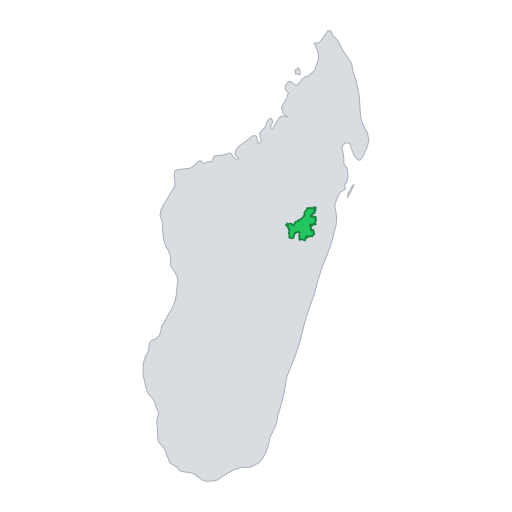 location of Ambatondrazaka, Alaotra-Mangoro, Madagascar
{"feature_id": "10022922B15285270155057", "entity_name": "Ambatondrazaka", "entity_type": "district", "adm_level": 2, "iso_a3": "MDG", "parent_name": "Madagascar", "parent_adm1": "Alaotra-Mangoro", "projection": "orthographic", "projection_center": [48.499, -17.866], "detail": "fine", "context": "in_parent", "style": "filled", "palette": "green", "viewbox_px": 512, "rotation_deg": 0, "n_neighbors": 0, "source": "geoboundaries", "source_scale": "gbopen_adm2", "svg_char_len": 8472}
<svg xmlns="http://www.w3.org/2000/svg" viewBox="0 0 512 512"><path d="M338.9,42.5L340.4,46.0L342.1,49.3L347.5,57.4L349.8,60.6L351.8,63.9L352.7,70.5L356.1,80.8L359.3,96.2L360.2,112.0L361.1,119.3L363.6,126.2L367.6,133.3L368.9,141.2L366.3,149.3L362.6,156.9L361.6,158.3L359.9,160.3L359.1,160.2L356.3,158.2L353.9,154.9L350.9,147.3L349.9,143.4L348.6,142.8L345.1,143.1L342.5,145.5L342.0,147.0L342.6,151.3L343.5,155.2L343.9,159.1L344.0,164.1L344.9,165.6L346.3,166.8L347.7,170.1L347.9,177.8L347.0,181.7L344.5,185.0L344.6,186.8L345.5,188.7L344.7,189.9L341.4,191.3L340.0,192.6L338.2,196.0L335.3,202.9L334.9,206.4L336.7,217.2L336.1,224.9L332.4,239.5L330.3,246.4L327.3,254.7L322.7,265.6L318.2,279.3L314.4,293.5L311.5,301.9L308.4,310.3L304.0,325.1L300.4,340.0L295.0,356.5L287.5,374.9L286.7,377.3L285.2,386.7L283.6,394.8L281.7,402.9L277.6,416.2L277.1,420.3L276.2,424.2L272.3,432.6L270.7,435.7L269.5,439.0L268.9,443.1L267.7,447.2L264.9,454.6L260.6,461.0L257.7,463.3L251.4,466.7L248.2,467.4L241.1,467.6L234.3,469.6L227.1,473.4L220.3,477.7L217.7,479.7L214.9,480.9L205.8,481.3L203.0,480.4L193.7,473.7L190.2,472.6L183.4,471.8L181.4,471.3L179.5,470.4L176.7,466.8L171.3,463.9L169.9,463.0L169.0,460.9L168.4,458.6L166.9,456.1L165.7,451.3L163.9,447.9L158.7,442.1L158.1,440.2L157.5,433.8L157.5,429.5L156.7,421.7L157.2,417.9L158.8,414.5L158.0,410.9L156.0,407.2L155.1,403.3L153.6,399.7L148.1,393.4L146.8,390.3L145.8,387.0L143.5,376.8L143.1,373.2L143.1,365.7L143.7,361.7L144.9,359.0L145.2,357.0L146.0,355.2L147.2,353.8L148.0,352.1L149.7,342.4L152.1,340.1L155.8,338.8L158.7,336.2L160.4,332.8L161.9,325.7L166.4,318.6L168.0,314.9L171.7,309.2L174.9,301.3L175.8,297.6L176.5,293.8L177.1,285.5L177.7,281.4L177.5,277.3L175.4,273.2L170.6,265.7L170.4,264.2L170.6,258.6L170.1,254.5L168.3,250.4L166.0,246.7L163.6,239.5L162.3,227.7L162.4,223.4L161.7,219.6L160.0,216.0L161.0,209.6L174.6,186.3L175.0,183.5L174.3,176.5L174.5,172.4L174.9,170.9L176.0,170.0L178.4,169.5L189.8,168.3L191.3,167.6L194.1,165.6L198.0,161.7L199.8,160.6L201.3,161.0L202.4,162.6L203.6,163.5L208.2,161.7L210.0,161.6L211.8,161.8L212.7,160.3L213.1,158.2L213.8,156.7L215.0,155.8L221.0,155.3L224.8,154.6L229.7,153.1L230.8,153.4L234.8,158.6L236.0,159.0L237.5,159.2L238.9,158.3L235.6,155.5L235.1,154.0L235.3,152.2L237.0,148.4L239.8,145.5L246.2,141.0L252.9,135.9L254.8,135.5L256.4,136.3L257.7,142.3L257.6,143.3L258.7,143.4L259.9,142.6L261.0,140.2L261.0,138.2L260.1,136.3L259.7,134.7L259.6,133.2L263.0,129.6L265.6,126.2L266.9,122.2L267.9,120.3L270.7,118.2L271.6,118.5L272.2,120.2L272.6,122.0L271.9,123.8L270.9,125.6L270.5,127.9L272.0,128.4L273.5,127.8L275.7,123.5L278.2,119.5L279.7,117.4L281.5,115.9L284.7,116.2L287.7,117.1L282.7,112.8L281.5,107.0L287.4,96.9L287.4,94.8L288.3,94.1L288.7,93.3L285.6,89.9L285.0,88.2L285.4,85.7L286.9,83.4L288.2,81.8L290.1,81.2L291.6,82.1L294.9,84.8L297.1,85.3L299.7,82.6L301.9,79.2L305.2,76.9L309.0,75.5L314.7,70.2L318.4,59.2L318.7,56.0L317.9,52.0L316.6,48.3L314.4,43.7L314.9,42.7L318.1,43.3L319.1,42.6L322.5,38.6L328.1,30.7L330.0,30.7L331.5,32.2L332.1,34.4L333.2,36.0L337.0,39.7L338.9,42.5ZM299.9,73.4L299.9,74.6L295.7,74.1L295.0,70.0L297.1,69.8L297.5,68.1L298.8,67.9L300.2,71.6L299.9,73.4ZM350.9,191.7L347.3,197.8L348.4,192.7L352.6,185.4L353.8,184.8L350.9,191.7Z" fill="#d9dde1" stroke="#a8b0b8" stroke-width="1"/><path d="M289.6,237.9L290.2,237.9L290.8,237.9L292.0,238.4L292.9,238.4L293.3,238.0L293.9,236.7L294.1,235.8L294.1,235.1L294.2,234.9L294.4,234.6L294.2,234.0L294.6,233.4L294.6,233.5L295.1,233.3L295.8,233.3L295.9,233.0L296.0,232.5L297.0,232.3L297.6,232.1L298.0,232.2L298.2,231.7L298.5,231.5L298.8,231.6L298.9,231.8L299.0,231.8L299.2,232.1L299.4,232.3L299.4,232.7L299.5,232.8L299.4,232.9L299.4,233.3L299.5,233.5L299.4,233.7L299.5,234.1L299.4,234.6L299.4,234.9L299.5,235.0L299.4,235.3L299.1,235.3L299.0,235.6L299.1,235.8L299.1,236.1L299.3,236.2L299.3,236.4L299.4,236.5L299.2,237.1L299.2,237.4L299.1,238.0L299.2,238.3L299.2,238.5L299.3,238.6L299.3,239.0L299.4,239.8L299.6,240.0L299.8,239.9L299.8,238.9L300.1,238.8L300.3,239.3L300.6,239.2L300.7,239.3L300.8,239.6L301.0,239.5L302.1,239.3L302.3,239.5L304.2,240.3L304.3,240.3L304.4,240.0L304.5,239.9L304.6,240.2L304.7,240.3L304.8,240.0L305.0,240.0L304.8,239.6L304.9,239.3L305.1,239.2L305.6,238.5L305.8,238.5L306.0,238.6L306.2,238.4L306.1,238.1L306.3,237.8L306.4,237.5L306.5,237.5L306.3,237.3L306.5,237.3L306.5,237.1L306.9,237.0L306.8,236.6L306.6,236.3L306.7,236.2L306.8,236.0L307.2,236.6L307.4,236.5L307.6,236.2L307.8,236.2L307.9,236.5L308.5,236.6L308.6,236.8L308.8,236.8L309.2,236.7L309.4,236.7L309.6,236.3L309.8,236.3L310.1,236.0L310.5,236.3L310.6,236.5L311.0,236.4L311.1,236.1L311.5,236.1L312.1,236.4L312.1,236.0L312.3,236.0L312.5,235.8L312.5,235.3L312.7,235.2L312.9,235.3L313.1,235.3L313.2,235.1L313.6,235.0L314.0,234.7L314.1,234.9L314.1,234.5L314.2,234.3L314.0,234.1L313.9,233.8L314.3,232.9L313.9,232.2L313.7,232.0L313.7,231.7L313.9,231.4L313.7,230.7L313.4,230.0L313.2,230.0L312.6,230.0L312.3,230.7L312.0,230.7L311.6,230.3L311.3,230.3L311.2,230.2L310.9,230.4L310.4,230.2L310.5,230.0L310.7,229.9L310.7,229.6L310.8,229.5L310.7,229.5L310.6,229.3L310.9,229.0L310.9,228.8L311.1,228.1L311.3,227.7L311.1,227.5L311.1,227.3L310.9,227.2L310.7,227.1L310.6,226.9L310.4,226.7L310.2,226.6L310.0,226.3L310.3,226.2L310.5,226.0L310.5,225.8L310.3,225.7L310.3,225.4L310.2,225.3L310.1,225.1L310.0,224.8L310.1,224.6L310.4,224.4L311.0,224.4L311.2,224.6L311.4,224.9L311.4,225.3L311.9,225.7L312.2,225.3L312.1,224.9L312.4,224.8L312.6,225.0L312.7,224.4L313.2,224.2L313.5,223.8L313.8,224.2L313.9,224.3L314.1,224.3L314.4,224.8L314.5,224.8L314.5,224.5L314.6,224.4L314.7,223.9L314.9,224.0L315.0,223.9L315.4,223.9L315.5,224.0L315.8,224.1L315.7,223.7L315.3,222.7L315.2,221.8L315.1,221.7L315.3,221.5L315.5,221.4L315.7,221.1L315.9,220.9L316.1,220.7L316.0,220.3L315.5,220.2L315.3,219.9L315.5,219.8L315.6,219.7L315.8,219.2L316.0,218.8L316.1,218.1L315.9,218.0L315.7,217.9L315.5,218.1L315.2,218.0L315.3,217.9L315.2,217.6L315.4,217.1L315.4,216.9L315.5,216.7L315.2,216.6L314.9,216.7L314.6,216.5L314.2,216.6L313.8,216.5L313.1,217.1L312.9,216.9L312.6,217.0L312.4,217.1L312.0,216.9L311.8,216.9L311.8,217.0L311.5,216.8L311.4,216.8L311.2,216.4L311.2,216.2L310.8,216.1L311.1,215.8L311.0,215.3L311.4,215.4L311.5,215.3L311.7,215.0L312.1,215.2L312.3,215.1L312.4,214.9L312.6,214.9L312.6,214.7L312.4,214.5L312.4,214.2L312.6,214.1L312.6,213.8L312.9,213.7L313.2,213.3L313.3,213.0L313.8,213.0L314.1,213.3L314.7,213.1L314.8,212.9L314.8,212.4L314.7,212.1L314.6,211.9L314.3,211.7L314.1,211.4L314.1,211.2L314.3,211.2L314.7,211.2L314.8,210.7L314.9,210.8L315.1,210.9L315.4,210.8L315.6,210.6L315.2,210.0L314.8,210.1L314.5,209.7L314.4,209.4L314.6,209.2L314.7,208.9L315.0,208.9L315.0,209.1L315.4,209.3L315.4,208.9L315.7,208.8L315.7,208.6L315.8,207.8L315.7,207.4L314.9,207.4L314.8,207.7L314.6,207.8L314.3,207.7L314.3,207.4L314.4,207.2L314.2,207.1L314.0,207.3L313.8,207.3L313.8,207.6L313.4,207.7L313.1,208.2L313.0,208.3L312.6,208.1L312.3,208.2L312.4,208.4L312.2,208.4L311.4,208.1L311.2,208.1L311.1,207.9L310.9,207.7L310.8,207.9L310.4,208.0L310.1,207.9L309.7,208.1L309.4,208.3L309.1,208.2L308.9,208.3L308.6,208.1L308.3,208.0L308.0,208.1L307.3,207.8L306.3,210.1L305.6,210.8L305.4,211.0L305.3,211.3L304.4,212.3L304.3,212.6L304.4,213.8L304.5,214.4L304.8,214.9L304.7,215.2L303.9,215.4L303.7,215.6L303.6,216.0L303.9,216.4L303.9,216.8L303.3,217.0L302.8,217.4L301.9,218.0L301.1,219.0L300.9,219.1L300.4,219.5L299.3,219.6L298.9,219.9L298.8,220.1L298.6,220.1L298.6,220.6L298.5,220.8L298.1,220.9L297.9,220.8L297.8,221.1L297.5,221.1L297.1,221.4L296.5,221.6L296.3,221.5L296.0,221.7L295.8,221.6L295.6,221.9L295.1,221.9L295.3,222.0L295.2,222.2L295.2,222.5L295.1,222.8L294.7,222.8L294.6,223.1L294.4,223.6L294.3,223.8L294.2,224.0L294.4,224.3L294.2,224.8L294.2,225.1L293.8,225.4L293.5,225.2L293.3,225.2L293.4,225.5L293.3,225.4L293.2,225.5L292.8,225.4L292.5,225.6L292.3,225.4L292.2,225.1L292.0,224.1L291.4,223.7L290.8,223.5L290.0,223.5L289.1,224.0L288.6,224.1L288.1,223.8L287.5,223.7L287.2,223.5L287.2,224.2L287.0,224.3L286.9,224.2L286.3,224.6L286.1,224.7L285.9,225.1L286.2,225.3L286.4,225.7L286.5,225.7L287.8,225.9L288.0,226.8L287.8,227.1L287.9,227.8L288.2,228.1L288.5,228.1L288.8,228.5L289.0,228.6L289.1,228.8L288.8,229.2L288.9,229.9L289.3,230.0L289.2,230.2L289.2,231.6L288.8,232.3L288.8,232.6L288.8,233.0L288.8,233.6L288.9,233.8L289.3,234.1L289.4,234.3L289.3,234.7L289.3,235.8L289.2,236.2L289.2,236.3L289.4,236.5L289.4,236.8L289.2,237.0L289.2,237.4L289.3,237.6L289.6,237.5L289.6,237.9Z" fill="#22c55e" stroke="#15803d" stroke-width="1.5"/></svg>